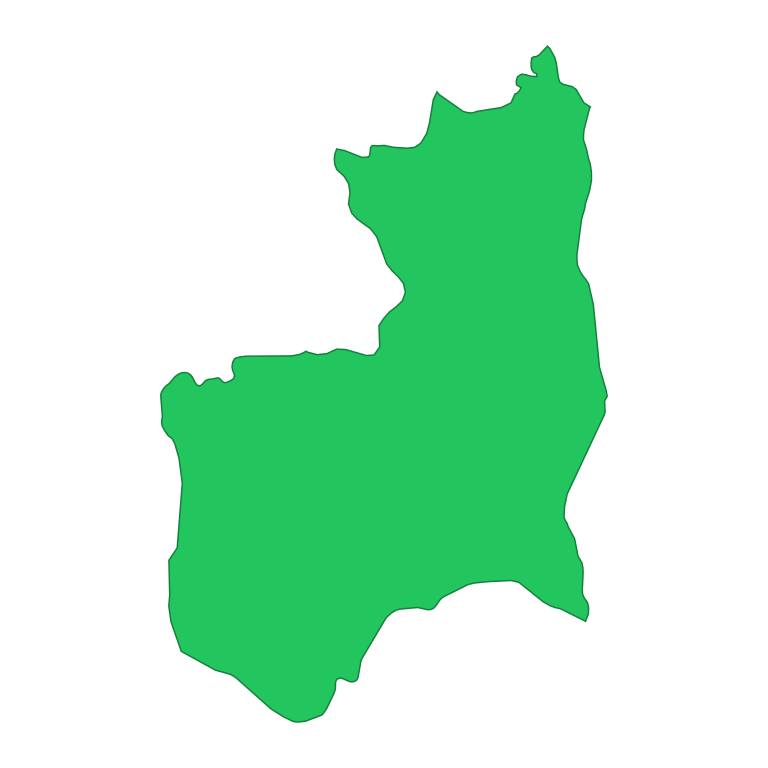 SVG path tracing the border of Stœng Trêng
{"feature_id": "KHM-1792", "entity_name": "Stœng Trêng", "entity_type": "Province", "adm_level": 1, "iso_a3": "KHM", "parent_name": "Cambodia", "parent_adm1": "", "projection": "natural_earth1", "projection_center": [106.102, 13.853], "detail": "fine", "context": "isolated", "style": "filled", "palette": "green", "viewbox_px": 768, "rotation_deg": 0, "n_neighbors": 0, "source": "natural_earth", "source_scale": "10m", "svg_char_len": 3362}
<svg xmlns="http://www.w3.org/2000/svg" viewBox="0 0 768 768"><path d="M547.5,46.1L549.8,48.5L554.7,57.3L556.3,63.1L558.4,77.6L559.7,82.0L563.1,84.3L572.1,86.6L576.1,89.4L583.9,102.8L590.4,106.9L589.6,108.5L588.9,110.8L584.0,129.9L583.5,135.4L583.5,139.9L586.7,150.0L588.3,157.7L590.3,164.2L591.4,171.9L591.5,180.3L589.6,190.6L585.5,203.4L584.6,209.1L582.4,216.0L581.6,219.1L577.0,254.0L576.9,259.7L577.5,265.3L580.0,271.3L582.7,275.6L585.9,279.6L588.6,283.8L593.3,304.2L599.5,367.4L606.2,390.6L607.2,396.3L604.6,400.9L605.1,411.8L604.4,414.6L567.1,494.2L564.6,506.6L564.0,517.5L565.4,520.6L567.1,523.4L568.3,527.0L574.6,538.7L578.0,556.1L582.0,563.1L582.9,567.9L583.1,572.7L582.3,589.9L582.6,594.3L584.3,598.0L586.8,601.5L587.5,602.8L587.9,604.3L588.3,606.2L588.6,608.3L588.4,613.7L585.6,621.3L560.4,608.7L555.2,607.6L550.3,605.8L543.3,601.9L518.9,582.3L510.9,580.5L488.6,581.6L474.2,583.0L467.7,584.7L445.1,596.0L442.3,597.7L440.3,599.4L436.2,605.3L433.6,608.3L431.1,609.4L428.1,609.8L417.7,607.5L399.8,609.1L396.4,610.1L393.1,611.9L390.8,613.5L386.2,617.7L361.7,658.9L360.8,661.6L358.2,676.6L357.5,678.7L356.7,680.0L355.8,680.7L354.5,681.4L353.1,681.7L351.6,681.9L350.5,681.7L349.5,681.5L343.1,678.8L342.5,678.4L341.4,678.1L339.7,678.1L337.0,679.2L336.0,681.0L335.5,682.8L335.4,689.0L334.3,692.7L327.0,707.9L324.4,712.0L322.4,714.6L321.2,715.3L305.5,721.2L299.9,721.9L295.6,721.9L292.3,721.1L283.5,716.8L271.0,708.9L235.7,677.5L230.6,674.4L215.5,670.2L181.3,651.4L170.9,621.4L168.8,606.0L169.7,595.2L168.9,560.3L177.2,547.9L182.3,483.2L179.0,458.2L174.9,443.9L173.3,440.7L172.0,438.6L170.9,437.6L169.7,436.9L168.1,435.5L166.4,433.3L163.5,428.6L162.2,425.7L161.7,423.3L161.6,421.5L162.4,416.3L160.8,396.6L161.0,393.6L161.7,391.9L162.6,390.2L164.1,387.9L166.6,385.4L168.9,383.7L169.9,382.7L175.1,376.6L177.6,374.7L178.8,374.0L180.0,373.4L181.2,373.0L184.3,372.5L185.9,372.7L187.4,373.0L188.9,373.7L190.0,374.5L191.1,375.5L192.0,376.6L195.3,382.9L196.2,384.0L197.1,385.0L198.3,385.7L199.8,385.9L200.9,385.3L202.2,384.3L205.2,380.9L206.8,379.9L208.5,379.4L213.4,378.9L216.1,378.1L217.5,377.9L218.9,378.1L220.0,378.9L221.9,381.0L222.9,381.8L224.0,382.5L225.4,382.6L226.8,382.4L230.5,380.8L233.2,378.9L234.2,377.1L234.5,375.3L233.6,372.3L232.9,371.1L232.4,369.1L232.0,366.8L232.8,362.0L233.9,359.9L235.0,358.4L236.4,357.9L239.3,357.1L245.8,356.2L291.9,355.9L299.6,354.4L303.6,352.7L306.0,351.2L307.6,352.2L317.3,354.7L327.0,353.6L336.7,349.1L345.9,349.6L366.2,355.5L374.0,355.0L379.7,347.0L379.0,325.5L383.7,318.5L389.4,312.0L396.4,306.6L402.5,300.7L405.4,292.2L403.5,283.5L398.3,276.8L392.0,270.7L386.7,263.9L376.7,236.7L370.6,228.8L357.2,219.1L351.8,213.2L348.5,204.0L350.0,192.6L348.7,183.8L344.3,176.5L336.7,169.4L334.8,164.5L334.3,159.3L334.9,154.0L336.7,149.0L344.6,150.6L361.9,157.4L368.6,157.0L369.7,154.9L370.6,147.6L371.8,145.8L373.8,145.5L378.0,145.9L384.1,145.4L393.5,147.3L407.2,148.2L414.7,147.3L421.0,143.0L426.7,133.4L429.4,123.5L433.3,99.7L437.0,91.9L439.3,94.7L463.1,111.4L466.9,112.5L472.2,113.0L477.4,111.3L480.0,110.9L501.0,107.6L511.0,102.9L515.0,93.9L516.6,93.6L519.4,90.9L521.1,87.7L516.6,84.9L516.2,81.8L516.9,78.5L517.7,76.6L521.4,74.2L525.7,74.7L530.6,76.2L536.7,76.6L536.7,73.7L533.8,72.6L532.1,70.3L531.2,67.0L531.1,62.6L531.7,58.1L533.7,56.8L536.2,56.6L539.1,55.0L547.5,46.1Z" fill="#22c55e" stroke="#15803d" stroke-width="1.5"/></svg>